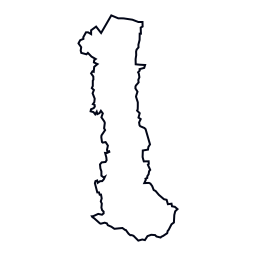 the district of Canóvanas, Puerto Rico
{"feature_id": "32010507B23731839572395", "entity_name": "Canóvanas", "entity_type": "district", "adm_level": 2, "iso_a3": "PRI", "parent_name": "Puerto Rico", "parent_adm1": "", "projection": "equal_earth", "projection_center": [-65.891, 18.333], "detail": "fine", "context": "isolated", "style": "outline", "palette": "ink", "viewbox_px": 256, "rotation_deg": 0, "n_neighbors": 0, "source": "geoboundaries", "source_scale": "gbopen_adm2", "svg_char_len": 2520}
<svg xmlns="http://www.w3.org/2000/svg" viewBox="0 0 256 256"><path d="M91.9,216.3L92.3,217.0L94.2,218.3L99.8,223.3L100.8,223.7L104.7,222.7L106.9,223.4L107.8,225.2L111.3,226.7L114.4,228.8L122.4,228.0L125.0,229.9L125.8,230.0L128.6,233.8L130.3,235.2L131.6,235.1L133.5,235.8L138.3,240.6L142.3,239.5L144.9,240.1L147.5,236.1L151.2,234.8L155.1,235.1L156.5,236.5L160.6,237.5L161.4,236.7L163.0,236.0L167.2,233.2L167.7,230.9L168.7,229.8L171.5,224.3L173.9,222.5L174.3,215.0L175.2,211.3L177.5,209.1L174.8,206.8L172.0,206.3L171.5,203.7L167.9,204.2L166.6,199.8L163.9,199.2L158.9,194.9L155.6,191.0L153.7,190.0L152.2,186.1L150.4,183.6L148.9,182.9L144.3,183.1L145.8,179.8L145.5,178.7L147.2,178.0L147.3,176.2L148.6,174.3L149.1,171.2L150.2,169.9L147.9,164.7L148.8,163.9L148.6,161.3L143.8,161.4L143.0,158.6L142.6,157.0L142.8,151.2L142.8,150.5L148.0,149.6L148.4,146.9L150.0,144.4L145.6,129.2L144.4,128.0L140.2,126.2L139.5,125.2L139.1,122.4L140.7,119.1L138.5,117.6L139.7,113.2L137.1,110.6L137.7,109.3L137.8,106.5L137.8,102.3L136.0,96.7L136.3,95.4L137.5,91.7L135.4,88.4L135.5,86.4L136.0,85.4L138.6,82.4L138.3,79.9L139.4,77.2L138.8,73.6L138.1,72.3L139.7,70.6L139.6,69.1L144.2,67.9L145.1,65.0L139.6,64.7L135.7,64.3L135.6,59.1L136.2,55.1L136.1,51.6L136.6,49.6L138.5,47.4L138.4,44.7L139.6,39.9L139.7,33.7L140.9,33.7L140.7,27.6L142.6,26.5L142.5,22.0L138.3,22.0L132.4,19.7L123.7,18.4L120.2,18.3L118.2,18.3L111.3,15.4L101.1,33.0L100.4,32.1L96.1,26.6L91.1,30.3L91.1,34.1L88.0,32.3L86.0,32.3L83.3,37.2L83.4,38.9L80.2,40.2L78.8,42.7L78.5,43.4L81.2,47.2L80.7,50.6L81.3,52.9L86.5,54.3L87.9,52.9L91.5,56.6L95.7,59.0L94.2,60.1L93.9,62.4L97.5,64.1L94.2,66.8L93.7,71.8L92.5,71.3L91.1,73.4L93.3,76.5L93.4,79.6L92.8,80.7L92.8,86.0L91.8,88.1L93.9,90.0L92.6,93.3L94.7,98.7L94.3,102.2L92.9,104.1L94.6,104.9L94.8,106.6L93.7,108.1L91.0,109.3L90.6,111.3L93.5,112.1L95.2,114.3L96.7,111.7L97.4,114.1L99.5,113.1L100.9,110.8L102.8,113.4L101.4,117.3L104.3,121.5L104.8,122.9L104.1,128.3L105.1,130.1L101.5,135.4L101.3,137.2L102.0,142.0L102.7,142.6L105.6,142.1L107.9,145.6L107.0,149.8L107.4,151.6L109.1,151.2L109.3,151.9L106.9,153.0L105.1,152.9L106.3,157.3L106.6,160.2L105.5,162.0L101.7,162.4L100.0,164.4L100.4,168.4L101.4,171.4L101.4,175.7L103.8,177.5L104.9,176.8L103.8,179.3L102.2,181.1L100.1,181.2L97.7,182.8L97.2,180.5L95.5,181.1L94.9,183.2L97.3,192.4L99.0,192.4L99.7,194.7L101.0,194.6L101.7,198.4L100.8,201.4L101.8,203.6L101.4,207.6L102.1,210.1L103.6,211.6L103.6,213.4L102.0,214.7L98.2,213.9L93.2,216.2L91.9,216.3Z" fill="none" stroke="#020617" stroke-width="2"/></svg>